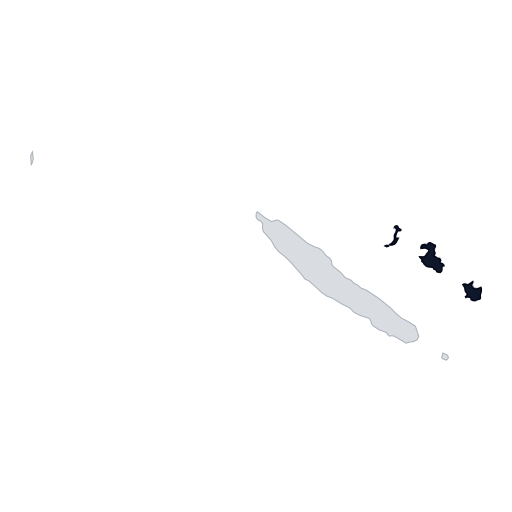 where Îles Loyauté sits in New Caledonia
{"feature_id": "NCL-1258", "entity_name": "Îles Loyauté", "entity_type": "Province", "adm_level": 1, "iso_a3": "NCL", "parent_name": "New Caledonia", "parent_adm1": "", "projection": "mercator", "projection_center": [167.211, -21.021], "detail": "fine", "context": "in_parent", "style": "filled", "palette": "ink", "viewbox_px": 512, "rotation_deg": 0, "n_neighbors": 0, "source": "natural_earth", "source_scale": "10m", "svg_char_len": 4264}
<svg xmlns="http://www.w3.org/2000/svg" viewBox="0 0 512 512"><path d="M265.1,217.8L271.3,221.5L277.9,219.9L286.3,225.7L307.5,243.3L315.0,247.0L319.4,248.4L322.7,251.3L325.7,255.3L329.7,258.2L331.5,260.9L331.9,264.5L333.4,266.7L340.8,272.5L345.2,277.7L351.3,280.3L354.0,283.4L357.4,284.9L360.9,288.0L366.9,290.4L380.3,299.5L390.7,308.1L395.9,313.4L401.5,318.1L408.7,321.9L415.4,326.2L418.8,336.4L416.9,340.0L413.0,341.8L409.5,342.0L406.1,343.2L395.0,336.6L392.3,335.7L389.4,336.1L387.7,334.6L386.5,332.5L379.7,330.1L373.4,326.2L371.5,323.5L370.5,320.2L369.0,318.3L360.0,315.5L354.0,312.3L349.6,307.8L342.9,304.6L332.3,298.2L326.9,296.1L322.1,292.9L309.4,281.2L304.9,279.0L300.9,273.8L290.0,261.5L284.7,256.4L278.9,251.9L274.6,246.7L271.2,240.4L263.3,231.5L262.4,227.7L262.7,223.7L260.8,221.2L257.6,219.7L256.1,217.1L256.2,213.5L257.3,211.7L265.1,217.8ZM440.5,271.4L437.5,271.9L433.5,267.7L425.9,265.5L422.5,261.8L420.3,257.4L424.7,256.3L428.9,250.4L426.0,248.2L421.0,247.9L421.6,245.5L429.7,242.8L433.3,244.4L434.9,246.3L434.6,255.6L438.3,258.6L442.1,265.2L442.1,267.1L440.5,271.4ZM474.0,287.3L476.5,288.3L481.0,288.2L480.0,298.2L473.7,299.8L471.6,299.7L470.2,297.6L466.6,296.2L466.7,292.8L463.2,285.1L469.3,283.9L472.7,281.8L472.5,283.7L473.1,285.9L474.0,287.3ZM393.7,244.3L390.8,244.9L394.3,239.5L394.4,236.2L395.8,229.7L395.6,227.6L398.0,227.9L400.5,229.7L397.6,231.3L396.6,234.1L396.7,237.6L397.8,238.3L396.0,242.1L393.7,244.3ZM448.4,357.9L446.6,360.1L444.5,359.6L442.9,358.8L441.7,357.6L442.9,353.0L447.6,355.2L448.4,357.9ZM32.0,163.3L31.2,164.6L30.7,155.4L32.5,151.9L33.3,159.1L32.0,163.3Z" fill="#d9dde1" stroke="#a8b0b8" stroke-width="1"/><path d="M442.2,263.6L442.9,264.1L443.7,265.0L444.0,265.7L442.2,266.4L441.9,267.2L441.9,269.5L441.7,270.6L441.4,271.4L440.8,271.9L440.0,272.5L439.0,272.1L437.8,272.1L436.7,271.6L436.2,269.9L435.8,269.6L434.9,269.5L434.0,269.2L433.6,268.6L433.5,267.7L433.2,267.3L428.2,266.8L426.6,266.3L425.1,265.0L423.8,263.6L423.7,263.2L423.6,262.7L423.4,262.2L422.2,261.8L421.9,261.2L421.9,260.4L422.3,259.6L420.1,257.6L419.7,256.8L423.0,257.0L424.2,256.8L425.2,256.2L425.9,255.5L426.8,253.9L428.5,252.0L429.0,250.8L428.7,249.5L428.0,249.1L425.1,247.9L421.0,248.4L420.9,247.8L421.1,246.5L421.8,245.3L422.9,244.7L424.7,244.4L425.1,244.5L425.5,244.9L425.9,245.0L426.4,245.1L427.0,245.1L427.5,245.0L428.0,244.5L428.2,243.9L428.3,243.3L430.2,242.7L434.3,245.0L435.1,245.1L435.4,246.2L435.0,247.2L434.3,248.2L434.0,249.3L434.0,250.0L434.3,251.5L435.1,253.1L434.8,253.9L434.1,255.1L434.0,255.8L434.1,256.2L434.6,256.4L435.1,256.6L435.7,257.0L436.2,257.5L436.7,257.8L438.1,258.4L438.7,258.4L439.3,258.4L439.7,258.5L440.0,259.2L440.2,259.5L440.5,260.1L440.7,260.3L440.1,261.4L439.9,261.9L440.0,262.4L440.4,263.1L441.0,263.3L441.6,263.4L442.2,263.6ZM480.9,287.4L481.3,288.6L481.3,290.7L480.9,293.0L480.2,294.7L480.4,297.4L480.3,298.6L479.6,299.1L479.0,299.2L476.9,299.8L475.3,300.7L473.0,300.5L471.1,299.6L471.2,297.9L470.0,297.4L468.6,297.0L467.1,297.0L465.9,297.5L465.8,297.3L465.7,297.1L465.6,296.9L465.5,296.7L466.1,296.3L466.8,295.7L467.3,294.9L467.4,293.8L467.1,293.4L465.9,292.0L465.5,291.4L465.2,290.4L465.0,288.8L464.8,287.8L464.4,286.8L462.9,284.6L463.7,284.1L464.4,284.0L465.1,284.0L465.9,284.2L467.3,284.8L468.2,285.1L469.1,284.2L472.7,281.7L472.8,282.5L471.8,284.0L471.5,285.2L471.8,286.2L472.5,287.2L473.2,288.1L473.8,288.6L475.5,289.0L477.5,288.8L479.4,288.1L480.9,287.4ZM398.6,228.3L399.2,228.7L400.6,229.5L400.9,229.9L400.6,230.5L400.1,230.7L398.4,230.7L397.7,230.9L397.2,231.3L396.9,231.9L396.8,232.5L396.6,232.6L395.8,234.9L395.5,235.5L395.4,236.4L395.6,238.1L395.9,238.5L396.6,238.5L398.2,238.3L396.1,242.3L395.2,243.5L394.4,244.1L393.2,244.6L391.9,245.0L390.8,245.1L390.3,244.7L390.0,244.3L390.8,244.0L391.6,243.4L393.0,241.9L393.9,240.7L394.3,239.9L394.5,238.9L394.4,235.3L394.7,234.5L395.3,233.7L396.0,232.5L396.5,231.3L396.8,230.2L396.6,229.1L395.5,227.7L395.0,227.1L394.8,227.2L394.5,227.4L394.6,226.9L395.2,226.3L396.0,225.9L396.8,225.8L397.5,226.2L397.9,226.8L398.2,227.6L398.6,228.3ZM387.0,245.5L387.4,245.5L388.8,245.5L388.6,246.1L388.0,246.3L386.6,246.7L386.3,246.4L386.0,246.2L385.7,246.1L385.1,245.9L385.5,245.6L386.0,245.5L386.5,245.5L387.0,245.5Z" fill="#0f172a" stroke="#020617" stroke-width="1.5"/></svg>